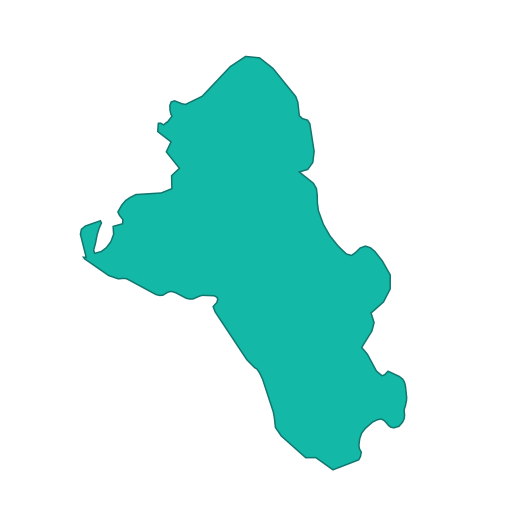 the Administrative County of Monaghan, rotated 11°
{"feature_id": "IRL-3412", "entity_name": "Monaghan", "entity_type": "Administrative County", "adm_level": 1, "iso_a3": "IRL", "parent_name": "Ireland", "parent_adm1": "", "projection": "orthographic", "projection_center": [-6.93, 54.159], "detail": "fine", "context": "isolated", "style": "filled", "palette": "teal", "viewbox_px": 512, "rotation_deg": 11, "n_neighbors": 0, "source": "natural_earth", "source_scale": "10m", "svg_char_len": 2082}
<svg xmlns="http://www.w3.org/2000/svg" viewBox="0 0 512 512"><g transform="rotate(11 256 256)"><path d="M221.7,60.8L236.8,68.6L264.6,91.9L267.7,97.1L271.8,110.1L275.4,112.3L280.7,112.8L283.6,115.9L287.9,127.8L293.1,142.2L293.9,153.3L290.3,161.1L282.5,165.3L298.4,173.6L302.4,178.2L304.5,184.6L306.1,192.1L308.7,199.8L316.1,212.1L324.9,222.3L334.6,230.5L344.3,236.8L349.7,237.2L353.3,233.3L356.7,228.3L361.5,225.4L366.8,226.1L371.7,228.8L381.1,236.9L387.7,244.7L391.4,249.0L394.0,262.8L389.9,276.8L379.8,290.0L384.6,298.8L384.1,307.5L377.2,325.6L384.1,331.2L396.2,346.0L402.6,349.5L405.0,348.0L407.6,343.9L419.6,346.9L423.5,348.9L425.4,351.0L426.7,353.3L427.7,355.7L430.9,366.2L431.3,369.1L431.2,375.0L430.9,377.0L430.8,378.1L430.9,379.4L432.2,383.8L432.5,387.2L431.6,391.1L428.8,396.0L424.0,398.4L420.8,398.3L418.4,397.0L414.4,393.8L412.3,392.7L409.5,392.2L406.0,393.8L402.0,396.9L396.0,404.7L393.5,409.7L392.7,415.5L392.9,419.2L393.2,422.6L394.4,425.6L396.8,428.5L396.8,433.0L395.7,436.5L372.3,451.2L353.2,442.5L343.3,444.5L315.2,427.9L307.8,420.6L304.6,410.4L302.6,405.5L286.0,375.7L282.0,370.3L278.6,366.8L275.9,365.8L266.8,359.6L226.5,318.6L223.6,313.9L224.9,311.6L226.4,309.3L226.7,305.5L225.2,303.8L222.5,303.0L211.0,304.8L208.6,305.9L202.5,310.1L199.4,310.9L195.5,310.8L184.3,307.4L180.4,306.9L177.7,307.6L175.6,309.0L172.0,312.3L168.9,313.1L165.1,312.9L133.3,303.0L130.5,303.2L125.1,304.7L115.1,303.3L88.3,291.5L86.9,290.1L89.6,289.8L79.5,268.2L79.5,263.1L82.8,259.1L96.5,251.1L98.0,253.0L96.7,258.6L96.0,265.4L96.0,274.3L95.5,281.2L97.1,284.2L103.3,281.1L107.5,276.4L110.8,269.7L112.1,261.9L110.1,254.2L118.9,249.8L118.4,245.7L114.2,242.1L112.0,239.1L114.6,231.4L117.5,226.4L121.2,222.6L126.4,218.6L151.0,212.2L160.6,205.9L157.8,193.3L164.1,184.5L148.1,170.9L150.8,160.2L135.8,152.6L134.8,144.4L136.9,143.8L140.3,144.9L142.7,141.8L143.3,141.9L146.8,134.8L146.7,134.4L145.5,133.2L143.8,129.3L142.7,124.6L143.4,120.9L144.7,120.2L146.4,119.2L154.3,120.7L158.0,120.6L172.7,109.5L194.6,75.0L207.7,62.1L221.7,60.8Z" fill="#14b8a6" stroke="#0f766e" stroke-width="1.5"/></g></svg>